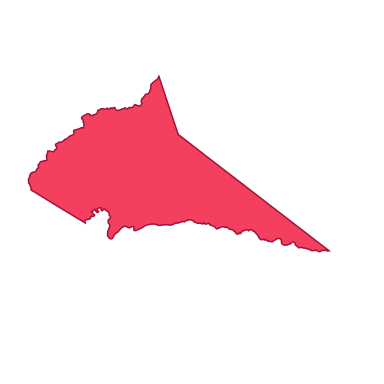 Envira, Amazonas, Brazil (Mercator projection), rotated 211°
{"feature_id": "56859067B30113136675295", "entity_name": "Envira", "entity_type": "district", "adm_level": 2, "iso_a3": "BRA", "parent_name": "Brazil", "parent_adm1": "Amazonas", "projection": "mercator", "projection_center": [-70.098, -7.617], "detail": "fine", "context": "isolated", "style": "filled", "palette": "rose", "viewbox_px": 384, "rotation_deg": 211, "n_neighbors": 0, "source": "geoboundaries", "source_scale": "gbopen_adm2", "svg_char_len": 5536}
<svg xmlns="http://www.w3.org/2000/svg" viewBox="0 0 384 384"><g transform="rotate(211 192 192)"><path d="M279.9,274.1L279.7,271.9L279.9,270.4L280.6,269.1L281.7,266.1L282.2,264.4L282.5,262.5L281.6,261.4L281.0,260.1L280.4,258.6L280.3,257.1L279.9,255.5L280.1,253.9L281.0,252.7L282.2,251.8L282.1,250.2L282.6,247.3L283.0,245.9L282.5,244.3L281.8,243.0L280.5,242.6L280.6,241.0L280.5,239.5L281.6,238.4L283.0,238.1L286.1,237.5L286.2,235.2L286.8,233.8L287.9,232.8L289.2,232.3L290.4,229.8L292.9,229.6L293.4,228.2L294.6,227.3L295.5,225.9L297.6,223.5L299.1,223.1L301.8,224.6L303.0,223.6L303.4,222.2L304.8,222.5L305.4,221.1L306.4,219.8L307.8,220.3L308.3,219.0L309.4,218.1L310.8,217.7L312.2,217.0L313.2,215.9L313.6,214.6L314.7,213.7L314.3,212.3L314.0,210.7L314.5,209.3L315.4,208.1L316.5,207.1L317.0,205.9L318.4,205.3L319.7,206.0L321.2,205.6L322.3,204.9L322.8,203.3L323.9,202.3L324.3,201.0L325.0,199.7L324.7,198.3L321.8,197.2L321.3,195.8L320.0,195.1L319.1,193.9L318.8,193.2L318.5,192.6L318.1,191.1L319.6,190.4L320.5,189.3L321.2,188.1L322.2,187.0L324.4,184.8L325.0,183.4L324.0,182.3L323.1,181.0L323.5,179.6L325.4,177.2L326.0,175.8L326.3,174.2L326.9,172.9L328.0,171.8L328.6,169.9L328.9,168.4L329.9,167.4L331.3,166.6L332.1,165.4L332.7,164.0L333.5,162.8L332.9,161.4L331.5,161.2L330.6,160.1L330.6,158.6L331.3,157.3L331.3,155.8L332.1,154.6L333.6,154.3L335.5,153.7L336.7,152.8L335.6,150.2L335.7,148.7L334.6,146.9L333.6,145.9L332.9,144.6L333.7,143.3L335.2,142.4L336.0,141.2L337.1,140.4L337.6,139.1L337.4,137.6L337.9,136.2L337.1,135.0L336.1,133.8L336.7,132.5L336.7,131.1L336.5,129.6L337.1,128.2L338.3,127.2L339.2,126.1L339.8,124.6L339.7,123.1L339.0,121.9L338.9,119.4L338.4,118.1L336.7,115.6L335.0,114.9L331.2,111.9L331.1,110.8L326.2,110.9L320.9,110.8L304.1,110.6L294.0,110.5L267.5,110.5L268.1,111.2L268.9,111.7L269.2,112.6L268.7,113.5L268.2,113.8L267.6,114.3L267.0,114.9L266.5,115.3L266.0,116.0L265.6,116.8L265.4,117.6L266.0,118.3L266.2,119.1L265.6,119.5L264.9,119.7L264.3,120.2L263.7,121.0L263.4,121.6L263.7,122.2L264.4,122.3L265.1,122.3L265.8,122.6L266.8,122.9L267.6,123.0L268.0,123.4L267.9,124.1L267.4,124.5L266.8,125.1L266.8,126.1L266.7,126.9L265.9,127.1L265.3,126.6L264.6,126.1L263.7,125.7L262.8,125.7L262.1,126.1L261.8,126.9L262.3,127.4L263.0,127.5L263.6,127.6L264.2,127.9L264.6,128.6L264.3,129.3L263.5,130.2L263.0,130.9L262.5,131.5L261.8,131.3L261.3,130.6L261.0,130.1L260.6,129.7L259.9,129.4L259.3,129.6L259.0,130.2L259.1,130.9L259.1,131.8L258.4,132.1L257.9,132.3L257.3,132.2L256.8,131.9L254.4,132.0L253.0,131.7L251.6,130.4L250.7,129.2L249.2,128.9L248.6,127.5L249.1,126.2L249.3,124.6L248.6,123.2L247.3,122.1L245.8,121.6L244.9,120.4L244.2,117.0L244.1,115.4L243.8,114.6L243.5,113.9L243.2,113.4L242.8,112.6L242.5,112.1L242.2,111.5L241.7,111.0L241.1,110.6L240.4,110.3L239.6,110.0L238.7,109.9L238.0,109.9L237.2,110.1L236.7,110.7L236.5,111.2L236.4,112.0L236.3,112.9L236.4,113.5L236.4,114.5L236.5,115.6L236.2,116.7L236.0,117.5L235.7,118.0L235.5,118.5L235.2,119.2L234.9,119.8L234.5,121.6L234.4,122.7L234.2,123.6L234.1,124.3L233.8,125.0L233.6,125.7L233.3,126.3L232.9,126.9L232.4,127.5L231.9,128.0L231.4,128.4L230.8,128.6L229.8,128.5L228.8,128.5L227.8,128.8L226.9,129.3L226.3,130.2L226.0,131.0L225.7,131.4L225.0,131.9L224.4,132.3L223.7,132.0L223.3,131.5L223.0,130.9L222.9,130.0L222.3,129.5L221.6,129.3L220.9,129.5L220.2,130.1L219.8,130.6L219.4,131.3L218.9,132.1L218.4,132.6L217.7,133.6L217.3,134.2L216.8,135.0L216.3,135.9L215.2,138.2L214.9,138.9L214.5,139.5L214.2,139.9L213.8,140.4L213.3,140.8L212.7,141.4L212.2,141.9L211.6,142.4L210.9,143.1L210.2,143.6L209.6,144.0L209.0,144.3L208.6,144.7L207.9,145.0L206.8,145.5L205.8,145.7L205.0,145.8L204.3,146.0L203.6,146.2L202.8,146.5L202.3,146.9L201.7,147.4L201.1,147.9L200.6,148.3L200.1,148.7L199.7,149.0L199.0,149.6L198.1,150.1L197.4,150.4L196.9,150.8L196.4,151.1L195.9,151.3L194.7,151.9L194.0,152.1L192.7,153.2L191.7,154.3L190.1,157.0L188.7,157.6L188.2,158.1L187.5,158.7L186.6,159.9L184.6,162.1L183.2,162.4L181.9,164.9L180.7,165.9L179.7,167.0L178.4,167.7L177.1,167.8L175.6,167.8L174.2,167.4L172.9,167.9L171.5,167.9L169.1,169.4L167.6,169.8L166.2,170.1L165.8,171.8L164.2,171.3L163.0,172.0L162.2,173.3L161.0,174.0L160.1,173.0L158.3,173.4L156.8,173.6L155.1,174.0L153.6,173.4L151.8,173.1L150.0,175.1L149.5,176.4L148.5,177.5L147.2,178.5L145.7,178.5L144.5,179.6L143.0,179.8L141.6,179.5L140.2,179.6L137.4,180.7L136.0,180.0L134.7,180.3L133.6,179.4L132.2,179.0L131.4,179.3L130.9,179.6L130.8,181.0L129.4,181.0L128.8,182.5L128.9,184.0L128.1,185.1L127.0,186.2L126.1,187.3L124.8,188.2L123.4,188.0L122.7,189.3L121.8,190.6L120.4,190.2L119.0,189.9L117.7,190.5L116.4,189.6L114.8,189.2L113.3,188.7L112.1,188.0L110.8,187.2L109.4,186.6L107.8,186.8L106.9,188.1L105.3,188.0L104.8,189.3L103.5,188.8L101.0,189.2L99.2,190.0L97.7,190.5L96.3,193.3L95.5,194.5L95.1,195.9L92.6,197.4L91.0,197.1L89.3,194.8L88.2,193.9L86.6,193.8L84.9,194.2L84.1,195.2L82.9,195.7L82.1,197.2L80.9,198.2L80.6,199.7L80.0,201.1L78.5,201.5L77.1,201.1L76.2,199.9L71.7,199.2L70.6,200.2L69.2,201.1L67.8,201.2L66.6,202.0L64.6,202.4L63.2,203.1L61.7,203.0L60.3,203.5L58.9,203.4L57.8,204.4L56.5,205.2L55.3,206.0L53.9,206.2L52.5,206.2L51.4,207.2L50.6,208.5L49.5,209.5L47.0,211.1L45.5,211.2L44.2,212.2L65.8,214.7L75.9,215.9L76.6,216.0L83.0,216.7L97.8,218.4L98.6,218.5L101.9,218.9L108.9,219.7L110.7,219.9L111.7,220.1L112.4,220.1L113.9,220.3L115.0,220.4L119.3,220.9L122.8,221.3L130.1,222.2L132.0,222.4L148.5,224.3L149.2,224.5L149.8,224.5L182.4,228.2L200.3,230.3L211.8,231.7L233.5,234.2L234.0,234.7L245.5,244.5L279.9,274.1Z" fill="#f43f5e" stroke="#9f1239" stroke-width="1.5"/></g></svg>